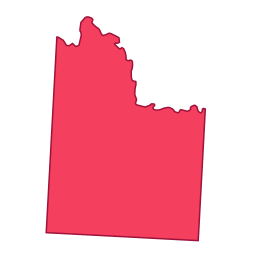 outline of Wilbarger, Texas, United States of America, rotated 3°
{"feature_id": "52423323B71723905303227", "entity_name": "Wilbarger", "entity_type": "district", "adm_level": 2, "iso_a3": "USA", "parent_name": "United States of America", "parent_adm1": "Texas", "projection": "robinson", "projection_center": [-99.204, 34.146], "detail": "fine", "context": "isolated", "style": "filled", "palette": "rose", "viewbox_px": 256, "rotation_deg": 3, "n_neighbors": 0, "source": "geoboundaries", "source_scale": "gbopen_adm2", "svg_char_len": 1707}
<svg xmlns="http://www.w3.org/2000/svg" viewBox="0 0 256 256"><g transform="rotate(3 128 128)"><path d="M204.0,236.8L204.2,105.0L204.1,104.9L202.4,104.5L201.7,104.8L201.3,105.4L201.3,107.1L201.2,107.7L200.1,108.9L199.3,108.9L197.8,108.1L197.1,107.2L196.5,105.8L195.7,103.2L194.0,102.0L193.0,101.8L190.1,103.2L189.3,104.3L189.5,106.3L188.6,107.0L186.5,108.2L179.7,106.9L179.4,107.1L179.0,107.7L178.4,109.0L177.7,110.0L176.1,110.0L173.4,109.1L173.2,108.9L173.1,108.3L172.7,107.7L171.0,106.4L168.2,105.4L167.2,105.3L163.5,106.1L158.7,108.2L155.6,108.7L153.5,108.3L152.5,107.8L151.9,106.8L152.0,106.1L152.5,105.1L153.2,104.5L153.5,104.0L153.2,103.1L152.9,102.8L152.3,102.6L150.1,102.7L148.4,104.2L144.0,106.2L135.2,104.4L134.4,103.5L134.3,102.8L134.4,101.6L135.0,99.9L135.0,99.0L134.7,98.1L133.4,95.4L133.0,93.9L133.0,88.1L133.7,84.1L133.4,81.2L133.2,81.0L132.1,81.1L131.1,80.8L129.9,80.3L129.3,79.3L128.7,77.2L128.2,70.8L128.8,69.7L129.3,65.8L129.0,61.9L128.3,60.5L127.1,60.1L126.4,60.1L125.7,60.6L124.5,60.7L123.4,60.4L122.6,59.8L122.5,59.2L122.2,55.9L121.3,52.7L119.6,49.2L117.9,48.1L117.2,48.4L116.2,49.3L115.1,49.2L111.4,46.1L110.3,44.9L110.2,44.4L110.6,44.0L113.4,43.8L114.3,43.3L115.0,42.7L114.3,38.5L113.5,37.9L106.0,34.6L104.6,34.3L103.3,34.7L100.7,36.2L98.3,36.8L97.7,36.8L97.4,36.6L96.0,34.7L94.7,31.9L93.2,30.1L91.1,28.9L88.4,26.8L86.6,25.0L86.5,24.0L86.6,23.5L87.1,22.4L87.2,21.6L86.0,20.2L82.8,19.2L81.2,19.2L79.5,19.9L75.5,25.0L74.9,31.3L74.9,33.2L75.0,33.7L75.8,34.4L76.5,37.7L74.8,47.4L74.1,48.4L73.1,48.9L71.9,49.2L71.4,49.2L68.1,46.5L65.0,48.9L62.1,48.7L60.9,46.7L58.7,43.8L53.4,40.9L52.2,40.9L52.0,149.2L51.8,236.8L204.0,236.8Z" fill="#f43f5e" stroke="#9f1239" stroke-width="1.5"/></g></svg>